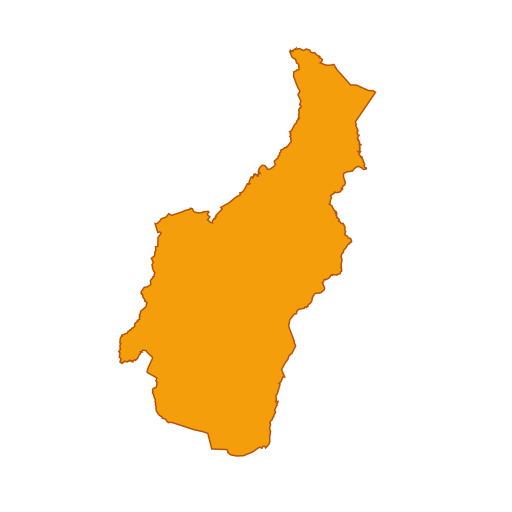 Ogan Komering Ulu Timur, Sumatera Selatan, Indonesia, rotated 164°
{"feature_id": "22746128B29719145941035", "entity_name": "Ogan Komering Ulu Timur", "entity_type": "district", "adm_level": 2, "iso_a3": "IDN", "parent_name": "Indonesia", "parent_adm1": "Sumatera Selatan", "projection": "orthographic", "projection_center": [104.552, -4.106], "detail": "fine", "context": "isolated", "style": "filled", "palette": "amber", "viewbox_px": 512, "rotation_deg": 164, "n_neighbors": 0, "source": "geoboundaries", "source_scale": "gbopen_adm2", "svg_char_len": 6127}
<svg xmlns="http://www.w3.org/2000/svg" viewBox="0 0 512 512"><g transform="rotate(164 256 256)"><path d="M299.7,68.8L295.3,71.6L293.8,74.0L292.6,78.7L290.9,81.8L290.9,83.2L290.2,83.6L290.7,86.2L288.4,90.1L288.7,91.9L287.2,93.5L285.4,94.3L284.5,96.2L283.4,96.5L281.9,99.3L280.9,99.6L280.1,100.8L280.7,102.4L277.5,106.6L276.9,106.6L276.7,108.4L275.7,108.7L274.9,110.2L277.3,110.4L275.9,112.2L275.4,116.3L273.4,117.9L268.5,125.6L268.2,126.5L269.0,127.2L266.8,128.2L263.2,132.5L261.8,131.8L262.7,139.9L256.7,145.9L254.1,147.6L251.7,151.1L248.3,152.5L243.0,158.2L242.6,159.1L243.2,162.0L242.7,164.2L244.0,179.5L241.0,185.5L235.4,189.5L233.1,189.4L231.8,191.8L229.6,193.0L224.1,192.4L222.9,193.5L221.7,192.6L221.2,193.2L220.1,193.1L219.9,194.1L218.1,195.3L217.2,195.3L215.0,197.0L213.1,200.8L210.1,203.5L207.6,203.6L205.2,202.8L203.1,203.1L199.7,204.8L198.8,206.2L199.6,212.2L198.5,212.4L197.3,214.2L196.3,214.6L195.7,213.9L192.9,214.5L191.2,215.1L189.1,217.0L187.9,216.3L187.2,217.0L185.5,216.1L183.4,215.9L183.5,215.5L179.9,215.9L179.1,217.5L177.9,217.8L177.3,219.9L177.7,221.3L177.0,221.6L176.5,224.4L174.3,228.6L174.5,231.8L172.7,234.7L171.0,235.3L169.9,237.7L167.9,238.6L164.2,242.0L162.8,242.0L162.4,243.0L161.1,242.9L160.0,243.7L160.2,246.7L162.4,248.2L162.8,249.9L165.0,252.1L163.1,254.8L163.6,256.7L162.4,259.0L163.3,263.3L165.3,264.0L166.2,266.6L166.9,266.7L166.0,268.0L166.7,269.8L167.9,270.6L167.3,272.0L167.9,272.8L166.9,274.0L167.3,274.5L166.7,274.4L166.7,276.1L167.4,276.0L167.2,277.2L167.8,277.1L168.2,278.1L169.3,283.4L171.3,285.8L170.4,286.2L168.7,289.8L167.4,290.9L167.7,293.2L167.3,293.8L163.8,294.6L162.8,295.8L161.8,294.9L160.0,294.5L157.5,294.5L154.9,296.3L155.1,297.0L154.3,296.6L154.0,298.3L152.7,299.4L151.2,299.8L149.8,302.3L150.1,307.4L149.3,310.8L148.6,311.3L145.8,311.8L139.7,311.1L137.5,312.9L134.6,313.9L132.5,313.7L130.2,311.7L128.6,309.4L126.0,309.3L125.6,310.2L127.1,311.3L127.2,313.1L126.2,314.3L126.9,316.8L126.5,317.4L126.9,320.3L127.5,321.4L127.1,321.2L126.8,321.9L127.5,322.3L129.0,325.2L128.3,326.9L128.8,327.9L127.6,327.1L127.8,328.1L126.8,328.0L127.2,329.0L126.5,330.9L125.7,331.0L126.7,331.4L126.1,332.4L126.0,334.8L124.7,333.8L124.4,334.1L125.6,335.6L125.1,337.1L126.2,339.6L126.1,340.2L125.6,339.9L126.0,341.5L123.6,343.7L124.8,344.4L125.1,345.2L124.5,346.3L124.7,347.3L123.8,348.4L123.4,348.3L124.1,354.6L123.4,355.0L123.5,357.6L96.0,380.4L97.9,382.6L102.4,384.1L112.2,392.5L118.0,394.4L127.0,413.1L127.2,414.8L127.8,415.2L127.9,417.9L128.6,418.8L132.0,418.9L136.1,420.2L141.1,424.0L139.3,424.7L138.1,426.6L139.3,428.5L140.3,429.0L140.6,429.9L139.8,430.3L142.2,432.4L143.5,435.4L145.0,435.4L147.2,436.8L147.5,439.0L150.5,441.1L153.6,440.4L157.2,443.5L161.3,443.7L160.6,444.5L164.1,443.4L164.0,442.6L165.2,442.6L165.6,443.3L166.0,442.9L166.3,444.2L167.2,443.3L166.6,437.5L165.7,436.0L163.7,434.2L163.8,430.4L162.3,428.7L162.3,427.7L163.2,423.4L165.7,423.5L166.3,422.9L168.8,422.7L170.4,418.5L169.4,406.5L168.3,402.4L171.2,399.5L170.1,392.7L172.4,389.3L171.6,388.8L171.4,386.8L172.8,386.4L172.9,385.8L173.6,385.9L174.8,384.3L174.9,382.1L176.1,380.2L176.4,377.9L177.5,376.6L176.7,376.3L179.6,374.5L180.9,372.4L182.5,371.9L187.3,366.7L189.1,366.3L188.7,365.9L189.0,364.2L189.4,364.4L189.5,363.7L189.4,362.0L190.5,361.7L189.8,359.9L190.3,359.6L190.5,356.8L191.3,355.5L192.1,355.4L195.1,352.9L196.3,352.8L196.5,351.9L198.7,352.2L199.7,351.4L202.7,351.1L203.7,349.2L205.2,348.3L205.5,346.4L207.2,345.8L207.9,344.1L212.3,342.2L212.4,340.1L211.9,338.8L213.1,337.5L218.8,335.6L221.3,336.3L221.3,337.8L222.7,340.5L224.9,341.5L227.3,340.5L230.0,337.8L229.9,336.7L230.4,336.5L229.4,334.5L230.5,335.1L230.5,334.4L231.7,334.0L231.4,333.3L232.3,332.8L232.1,332.3L232.6,332.3L233.2,333.9L234.4,334.2L233.8,334.6L234.2,335.2L235.0,334.5L235.5,335.0L236.9,332.3L237.8,332.0L238.0,333.2L239.1,333.1L242.3,328.9L242.6,328.1L242.1,327.4L243.1,327.5L243.2,326.9L244.4,327.8L249.4,322.5L251.4,321.2L254.2,321.1L254.0,319.3L259.5,318.0L267.1,314.6L276.4,312.4L275.6,310.5L283.2,306.1L283.9,305.2L283.5,304.5L284.6,304.4L284.8,303.1L286.3,303.4L288.4,301.5L288.7,299.9L290.3,300.5L292.6,304.2L289.5,306.4L291.3,308.9L291.0,310.1L289.2,311.1L289.5,312.1L294.6,313.0L296.3,312.5L300.3,313.6L303.5,315.6L304.2,319.0L305.8,320.0L307.2,319.1L312.2,319.3L314.4,318.8L326.1,318.3L328.1,320.8L331.8,318.2L336.8,317.9L339.0,316.0L342.3,314.3L344.1,315.1L343.9,305.7L341.9,305.7L340.8,304.1L345.1,300.8L347.7,292.3L350.0,292.6L350.8,288.6L351.9,288.0L353.4,284.1L357.3,282.6L356.4,278.3L358.5,276.2L358.3,274.3L358.8,273.6L358.6,269.8L357.7,267.8L358.9,266.6L359.3,264.7L360.4,264.5L359.9,263.9L360.3,264.1L364.2,261.7L365.0,257.5L368.8,256.3L372.0,256.7L376.3,253.2L376.5,251.8L376.0,250.9L376.5,251.0L375.7,249.5L376.0,247.3L374.7,244.3L375.5,243.4L373.6,241.4L375.8,237.5L382.2,234.7L383.0,232.5L384.4,231.5L384.1,230.0L385.1,229.5L385.2,227.2L387.0,227.1L387.7,226.0L388.1,226.3L388.9,225.3L390.7,224.8L391.6,223.5L391.6,222.3L393.3,220.9L395.3,220.8L396.4,219.7L397.7,219.7L398.0,219.0L399.8,218.7L401.0,217.4L406.9,216.8L406.7,215.9L407.3,216.1L409.1,214.3L410.8,210.0L410.1,209.1L411.6,207.4L411.8,205.0L412.3,204.7L412.1,203.5L414.3,202.0L413.5,200.2L415.3,196.3L414.0,194.6L416.0,191.6L414.8,190.0L414.2,190.5L413.7,189.8L411.3,191.1L409.9,190.0L408.5,189.7L407.7,190.4L406.9,189.9L406.0,190.7L405.1,189.2L404.8,189.7L404.0,189.5L403.5,188.3L402.1,189.4L400.7,189.6L400.4,188.9L398.0,190.3L395.0,193.8L394.2,193.7L393.4,195.2L392.5,195.1L393.1,195.8L392.0,195.7L390.8,196.7L387.6,195.2L387.5,194.1L383.6,187.5L383.8,186.0L389.9,179.0L392.5,175.0L392.6,173.9L384.9,166.2L386.6,163.6L386.1,162.5L386.6,159.8L388.3,157.2L391.3,157.1L392.7,155.1L392.3,154.0L393.3,152.8L392.7,151.6L392.8,147.4L392.3,145.5L393.2,143.7L392.9,141.9L393.8,140.7L393.5,138.4L394.1,137.4L394.5,134.2L392.8,129.5L390.6,127.0L390.9,126.0L387.9,124.1L387.1,121.4L386.0,119.9L384.6,119.9L382.0,118.7L363.6,106.2L355.8,102.0L351.2,98.8L351.7,82.7L337.7,78.1L337.0,77.5L337.2,74.6L334.9,71.7L330.0,69.2L323.1,67.5L313.4,68.5L305.4,71.3L303.3,69.6L301.8,71.1L300.0,70.6L299.7,68.8Z" fill="#f59e0b" stroke="#b45309" stroke-width="1.5"/></g></svg>